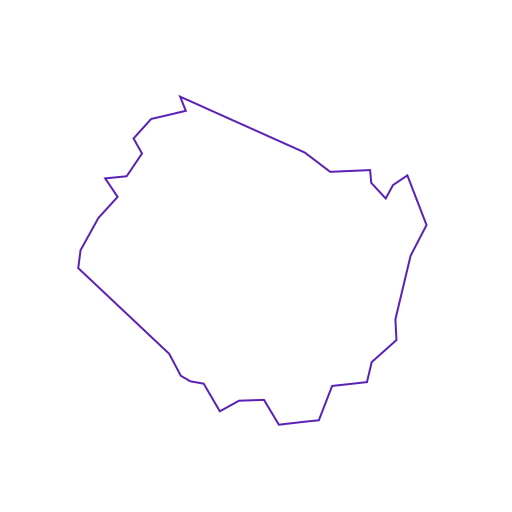 outline of Appomattox, Virginia, United States of America, rotated 339°
{"feature_id": "52423323B11653599208682", "entity_name": "Appomattox", "entity_type": "district", "adm_level": 2, "iso_a3": "USA", "parent_name": "United States of America", "parent_adm1": "Virginia", "projection": "albers", "projection_center": [-78.811, 37.377], "detail": "fine", "context": "isolated", "style": "outline", "palette": "violet", "viewbox_px": 512, "rotation_deg": 339, "n_neighbors": 0, "source": "geoboundaries", "source_scale": "gbopen_adm2", "svg_char_len": 592}
<svg xmlns="http://www.w3.org/2000/svg" viewBox="0 0 512 512"><g transform="rotate(339 256 256)"><path d="M242.3,80.1L242.5,95.3L207.2,90.5L183.8,102.4L186.3,119.5L163.8,135.2L143.0,129.5L148.0,151.2L122.5,164.0L94.3,187.7L85.7,203.6L139.9,316.2L142.9,340.9L149.7,349.4L161.4,356.4L166.6,388.0L188.3,385.0L211.9,393.2L216.9,421.7L243.0,428.4L255.8,431.9L280.5,404.6L314.4,413.5L326.0,396.5L357.0,384.8L363.5,365.0L400.4,311.2L426.3,288.2L426.2,235.0L409.3,238.9L397.7,248.8L389.8,229.0L393.3,216.7L355.4,204.0L338.7,177.0L242.3,80.1Z" fill="none" stroke="#5b21b6" stroke-width="2"/></g></svg>